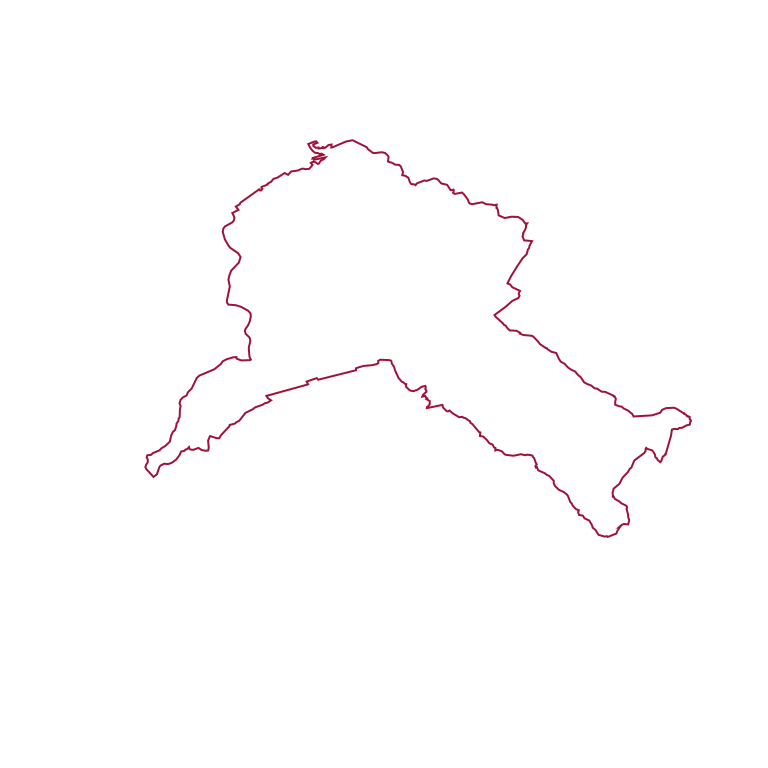 Aninoasa, Gorj, Romania, rotated 150°
{"feature_id": "2599482B76100938199978", "entity_name": "Aninoasa", "entity_type": "district", "adm_level": 2, "iso_a3": "ROU", "parent_name": "Romania", "parent_adm1": "Gorj", "projection": "equal_earth", "projection_center": [23.453, 44.775], "detail": "fine", "context": "isolated", "style": "outline", "palette": "rose", "viewbox_px": 768, "rotation_deg": 150, "n_neighbors": 0, "source": "geoboundaries", "source_scale": "gbopen_adm2", "svg_char_len": 6154}
<svg xmlns="http://www.w3.org/2000/svg" viewBox="0 0 768 768"><g transform="rotate(150 384 384)"><path d="M429.9,607.9L430.2,603.1L432.4,600.6L434.8,599.8L442.9,600.0L445.4,598.9L447.6,596.4L449.5,588.8L449.5,582.0L449.1,578.9L445.0,570.3L444.7,565.7L449.0,561.7L459.6,558.6L464.2,554.8L466.7,551.9L468.8,545.5L478.3,534.9L479.2,533.2L479.1,530.6L472.9,526.3L469.2,522.3L465.0,515.3L464.3,511.9L465.6,509.1L469.0,505.3L472.6,502.7L476.3,501.0L477.9,499.6L478.7,496.6L477.3,491.8L477.5,490.0L478.5,487.8L482.6,483.5L483.8,481.4L486.9,474.8L487.1,471.7L488.2,471.7L495.7,475.7L498.7,479.3L498.9,480.4L498.4,481.1L501.4,482.6L507.9,484.1L512.4,484.3L515.3,482.9L523.6,481.6L539.8,483.6L543.2,482.8L552.9,476.2L557.7,475.0L560.7,472.8L565.0,472.9L568.1,472.0L570.7,469.6L571.1,466.7L573.4,464.1L577.6,457.4L579.3,456.6L580.4,454.9L583.4,453.5L584.9,451.4L588.2,448.5L590.6,448.2L593.8,446.1L598.4,441.1L604.4,439.7L609.0,439.6L611.5,438.8L618.8,439.7L621.0,439.1L624.7,440.6L626.2,439.2L626.3,436.8L627.8,434.3L630.6,432.9L632.3,431.2L632.3,428.9L630.1,418.8L625.9,419.3L619.9,424.5L618.2,425.1L614.3,424.9L611.0,422.6L607.3,421.9L602.0,422.4L596.3,424.8L593.4,427.0L590.3,425.9L588.6,426.5L587.3,426.0L584.4,426.8L584.9,425.1L584.5,424.1L582.0,422.3L576.6,421.4L575.0,418.1L571.9,415.4L569.5,414.3L567.6,416.5L564.6,423.0L560.7,425.9L556.1,420.9L553.9,419.4L550.6,421.2L539.1,424.7L538.1,425.7L532.7,424.2L531.5,424.7L527.5,424.6L518.4,428.3L509.8,427.7L507.3,428.2L499.3,426.7L497.1,427.0L494.1,426.1L490.0,426.3L491.6,429.5L491.8,432.5L450.7,421.8L449.9,421.7L449.8,424.8L439.3,422.7L438.8,420.6L401.3,409.9L400.5,411.6L397.6,411.1L392.5,409.8L385.0,406.3L380.4,404.9L378.5,404.9L377.5,406.9L375.1,406.9L367.9,402.3L366.4,401.0L366.2,400.1L367.0,397.9L366.7,393.9L367.7,389.8L368.4,381.8L367.4,377.0L366.3,375.6L366.0,374.0L364.8,372.8L366.3,370.7L365.1,366.3L364.3,364.9L362.0,363.0L357.4,362.3L352.9,362.8L349.2,361.7L349.4,360.3L350.8,358.9L350.6,357.1L351.1,356.1L355.8,355.1L357.2,353.9L354.2,353.1L354.4,351.5L353.8,350.0L354.9,349.8L352.9,346.3L354.7,343.4L356.0,343.2L356.8,342.3L358.4,342.6L359.0,341.7L343.9,336.7L344.6,334.0L343.3,329.2L342.4,328.3L340.5,328.3L339.3,324.5L335.5,317.6L332.6,316.4L331.9,314.9L330.7,313.9L328.1,308.5L328.6,307.4L327.5,305.0L325.6,294.5L324.8,293.9L326.9,291.0L324.3,288.8L322.9,284.0L322.4,280.0L320.2,277.2L320.4,274.0L319.5,272.8L320.8,270.8L319.1,270.6L316.5,268.0L315.5,266.5L314.6,262.6L313.7,261.6L307.7,257.1L300.7,254.8L297.3,251.7L295.4,251.2L293.0,249.5L291.2,247.6L291.5,246.5L291.0,244.9L292.0,239.7L291.9,238.1L294.0,237.1L294.2,235.6L293.1,235.5L293.6,232.5L293.2,231.5L289.4,226.4L288.5,224.0L286.9,221.9L285.4,215.4L286.7,213.0L286.9,209.9L285.4,204.9L282.4,200.6L280.9,197.1L280.7,195.0L281.7,188.5L281.2,187.3L281.4,184.4L280.4,179.8L278.4,177.2L279.9,176.1L280.6,173.1L277.6,170.6L277.5,167.4L274.5,163.1L274.5,157.4L275.1,155.3L273.8,151.8L273.6,146.1L269.0,141.4L267.1,140.8L266.8,139.7L257.5,138.3L255.1,140.3L251.4,142.0L252.3,142.4L248.6,143.1L246.1,142.8L242.8,140.3L239.8,143.3L238.9,147.2L238.0,148.6L236.4,154.5L235.2,155.5L235.0,157.4L238.1,162.0L239.1,165.0L241.5,168.9L241.4,172.2L242.0,172.2L240.3,175.7L237.4,178.6L230.2,179.8L224.3,183.5L216.7,185.9L213.4,187.7L211.6,187.9L205.5,192.6L193.4,194.1L191.1,195.1L189.8,197.1L188.9,197.6L188.3,196.0L185.1,192.7L184.7,191.2L184.6,187.7L185.6,184.8L184.8,183.2L185.0,181.7L183.9,178.2L182.4,178.7L178.9,181.7L175.4,182.1L175.3,182.8L174.6,182.9L161.4,195.6L157.4,200.6L155.2,200.1L152.1,198.0L150.1,198.3L148.0,197.1L142.7,196.9L139.5,195.9L137.5,198.3L136.7,198.5L136.4,199.4L136.8,200.7L135.7,202.7L137.0,203.6L136.9,204.4L137.8,205.0L137.7,206.2L139.0,208.1L138.6,208.6L139.4,209.3L143.1,216.4L144.8,218.5L151.9,222.1L156.1,222.6L159.1,221.0L167.5,222.8L184.1,231.1L184.0,233.9L186.1,239.3L188.6,242.8L189.5,245.6L191.4,247.0L194.1,250.4L192.7,253.0L190.6,255.3L190.5,257.9L191.2,258.4L190.9,258.9L196.3,266.5L199.4,268.6L201.8,273.5L203.8,275.0L205.3,279.1L208.0,282.3L209.9,285.5L210.2,291.4L211.5,295.0L212.2,299.2L214.7,302.8L216.5,306.5L217.5,311.3L219.7,314.8L220.0,318.2L219.3,324.7L222.9,328.2L225.0,332.5L225.0,333.5L225.9,334.2L229.0,340.6L229.4,344.1L231.1,350.7L232.3,352.2L238.9,356.8L241.2,359.7L240.5,360.3L242.7,363.9L248.4,367.6L249.3,371.1L249.4,373.7L250.5,375.0L250.6,376.7L253.8,386.8L253.8,388.5L239.9,390.1L231.2,391.8L224.6,391.3L222.5,392.6L222.4,394.2L221.7,395.4L219.6,396.6L224.5,403.6L225.0,407.1L226.8,409.4L220.8,413.4L209.9,419.3L201.1,423.6L195.7,425.0L192.1,428.5L190.0,429.4L189.2,430.7L184.4,433.8L190.8,438.3L190.3,442.5L188.2,444.3L188.2,445.1L184.9,446.9L182.6,448.7L181.6,450.6L179.7,451.5L181.4,452.4L181.9,456.9L184.3,461.6L189.9,465.1L196.5,467.4L200.4,472.7L198.2,478.3L198.6,480.1L198.1,480.2L198.0,481.5L196.8,483.0L199.4,483.8L200.5,485.1L205.7,488.7L208.1,492.3L217.6,495.6L219.3,497.2L219.8,498.5L219.2,501.8L219.8,507.7L220.7,510.8L227.6,513.2L228.6,515.0L227.2,516.2L226.6,517.5L229.4,518.5L229.7,524.9L234.2,529.2L235.1,534.0L235.9,535.5L238.2,537.2L245.4,538.5L247.3,540.1L255.3,541.3L257.3,540.4L257.8,541.5L260.4,543.6L260.7,545.6L259.8,550.5L261.5,553.7L263.8,555.7L261.5,558.1L260.7,564.1L261.3,566.1L264.8,568.5L266.1,571.1L269.3,574.7L266.5,578.3L266.4,579.7L267.5,583.4L270.0,585.8L276.8,588.7L278.2,589.9L280.6,595.8L280.4,597.1L280.7,597.9L289.3,610.8L295.7,613.0L310.0,614.7L311.4,615.2L309.7,617.6L312.6,618.7L316.6,618.0L318.4,618.5L318.0,619.2L318.6,619.9L320.0,619.5L322.8,620.5L322.8,621.1L321.6,621.2L324.9,622.5L326.2,625.6L325.5,626.8L321.1,626.2L321.4,628.1L323.5,628.8L329.6,629.7L329.8,625.5L329.3,621.9L328.2,618.8L325.7,617.0L324.9,615.5L322.9,614.7L321.8,612.7L332.8,615.4L333.3,614.9L331.6,614.2L332.4,613.2L321.4,609.5L323.6,608.8L327.2,609.0L330.3,607.4L331.4,607.8L332.4,610.3L334.2,611.9L336.9,612.1L336.4,609.4L341.1,607.7L344.4,609.2L347.0,611.4L351.9,612.0L358.2,614.5L362.5,613.1L364.6,616.4L372.8,616.0L377.1,616.9L380.8,615.6L384.6,615.7L385.0,614.9L391.6,615.9L392.2,614.8L391.8,613.8L393.4,613.0L394.7,613.7L394.8,615.0L417.7,612.8L419.0,611.8L423.6,611.7L423.0,607.6L429.9,607.9Z" fill="none" stroke="#9f1239" stroke-width="2"/></g></svg>